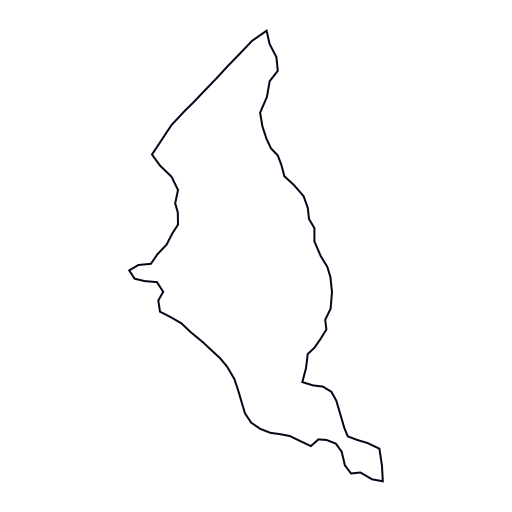 Capivari de Baixo, Santa Catarina, Brazil
{"feature_id": "56859067B80668799138797", "entity_name": "Capivari de Baixo", "entity_type": "district", "adm_level": 2, "iso_a3": "BRA", "parent_name": "Brazil", "parent_adm1": "Santa Catarina", "projection": "albers", "projection_center": [-48.938, -28.454], "detail": "fine", "context": "isolated", "style": "outline", "palette": "ink", "viewbox_px": 512, "rotation_deg": 0, "n_neighbors": 0, "source": "geoboundaries", "source_scale": "gbopen_adm2", "svg_char_len": 1280}
<svg xmlns="http://www.w3.org/2000/svg" viewBox="0 0 512 512"><path d="M332.0,292.0L330.4,277.1L327.3,266.8L320.7,256.1L314.4,241.4L314.4,228.1L309.0,219.0L307.8,207.9L303.6,196.2L293.8,184.9L284.4,176.3L281.4,165.0L277.8,155.5L271.0,148.4L266.4,138.6L262.4,126.3L260.1,112.7L266.9,97.0L269.7,81.1L277.8,70.8L276.4,57.1L269.6,44.0L266.6,30.7L252.1,40.8L236.9,56.7L228.0,65.8L218.1,76.6L201.2,94.2L193.5,102.3L185.1,110.5L171.5,125.0L152.0,154.5L160.0,165.6L171.5,176.7L178.0,190.0L175.2,203.3L177.8,212.5L178.0,224.6L172.4,233.3L166.6,244.6L157.4,254.3L150.9,263.8L138.4,265.0L129.2,270.4L134.6,278.7L144.7,281.1L156.9,282.1L163.2,291.8L158.3,300.5L160.0,311.7L170.8,317.2L181.5,323.4L190.6,332.1L202.9,342.2L211.5,350.3L220.0,358.1L227.2,366.8L234.3,378.9L237.8,389.2L240.6,398.7L245.0,413.4L251.2,422.7L260.3,428.9L270.6,432.9L279.1,434.0L289.8,436.0L300.1,441.0L310.9,446.1L318.4,439.4L326.6,440.0L335.8,443.6L341.7,451.7L344.9,465.4L351.1,473.5L360.4,472.5L372.0,479.3L382.8,481.3L382.0,466.0L379.4,448.7L367.5,443.0L357.4,440.0L347.8,436.4L344.3,427.9L340.7,415.6L336.3,400.7L331.4,391.8L322.9,386.6L313.0,385.4L302.3,382.1L306.0,368.2L307.7,354.1L314.4,347.7L320.1,339.6L326.4,329.5L325.2,319.8L330.6,308.7L332.0,292.0Z" fill="none" stroke="#020617" stroke-width="2"/></svg>